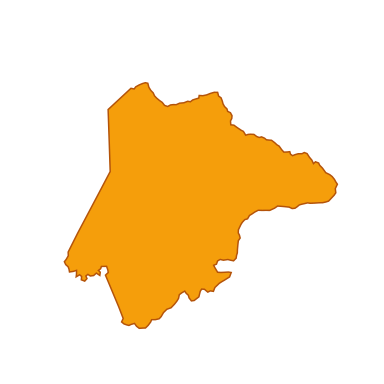 outline of Olho d'Água, Paraíba, Brazil, rotated 344°
{"feature_id": "56859067B14089338060229", "entity_name": "Olho d'Água", "entity_type": "district", "adm_level": 2, "iso_a3": "BRA", "parent_name": "Brazil", "parent_adm1": "Paraíba", "projection": "albers", "projection_center": [-37.728, -7.279], "detail": "fine", "context": "isolated", "style": "filled", "palette": "amber", "viewbox_px": 384, "rotation_deg": 344, "n_neighbors": 0, "source": "geoboundaries", "source_scale": "gbopen_adm2", "svg_char_len": 2804}
<svg xmlns="http://www.w3.org/2000/svg" viewBox="0 0 384 384"><g transform="rotate(344 192 192)"><path d="M207.5,280.2L205.0,279.0L201.4,278.2L197.6,277.3L194.5,276.2L193.1,270.9L192.6,268.4L195.6,268.1L197.6,265.3L200.5,264.6L203.4,266.2L207.9,266.8L210.1,268.1L213.0,269.6L216.2,267.8L217.3,265.3L218.8,263.0L219.8,259.9L221.6,255.2L223.1,251.6L225.6,249.5L225.7,246.6L225.2,244.1L226.2,241.1L230.0,236.8L232.0,235.0L235.1,233.1L238.0,233.1L240.8,230.4L244.1,229.5L246.7,228.6L250.6,227.8L254.6,229.1L257.7,229.9L261.7,231.1L266.9,230.3L270.4,229.1L273.4,230.2L276.8,231.5L281.2,233.3L283.7,235.5L286.5,236.0L288.9,235.2L291.6,234.0L294.3,234.0L297.4,234.2L300.1,234.3L302.5,235.4L306.6,236.4L311.2,237.4L314.7,238.3L317.9,238.5L320.8,238.4L323.0,237.1L327.7,234.3L330.0,232.4L330.7,228.2L333.9,224.6L333.0,221.9L332.4,219.1L331.0,215.8L329.2,213.3L325.9,210.3L324.0,205.0L322.1,201.5L321.7,199.0L319.0,197.0L316.6,198.2L316.0,194.4L314.4,190.8L313.2,186.8L310.8,185.0L308.4,185.5L304.5,184.5L301.4,184.5L298.7,184.8L297.1,182.8L297.1,180.2L294.6,179.8L291.3,179.0L289.8,175.9L288.4,171.9L286.7,170.1L285.1,167.4L282.7,164.2L280.3,163.3L277.9,162.3L276.6,160.3L274.1,158.2L271.6,158.1L269.5,156.5L267.4,153.7L264.2,152.6L261.8,152.1L259.3,152.2L258.1,147.9L256.1,146.0L253.0,142.3L250.7,139.3L247.8,138.1L248.6,134.3L250.5,132.3L251.5,129.7L250.8,126.4L248.5,124.3L248.5,121.7L246.8,118.8L246.1,115.6L246.2,113.1L245.9,109.5L244.0,107.1L244.1,103.3L240.9,102.3L236.9,102.3L232.8,102.7L228.9,102.4L225.5,101.2L224.4,103.6L221.8,103.6L218.1,103.7L215.3,104.8L212.9,103.6L208.7,104.0L204.6,103.2L200.9,103.7L197.9,102.8L195.3,102.4L192.2,103.1L189.5,101.2L188.1,97.7L186.0,95.1L183.9,92.0L182.5,89.3L182.0,86.0L180.4,83.0L179.4,79.4L179.5,75.3L177.3,74.1L174.4,74.1L170.8,74.5L166.9,75.4L164.8,77.0L161.9,75.5L134.1,89.6L126.4,120.4L119.0,149.8L98.8,170.9L70.7,200.1L56.4,215.6L55.5,219.2L52.4,222.2L50.1,223.8L50.6,227.0L52.3,229.7L52.5,232.2L52.2,235.1L55.9,235.6L59.4,235.5L58.3,239.2L57.3,241.6L61.2,240.6L62.6,242.8L61.4,245.9L64.3,248.1L67.2,246.3L66.8,243.5L69.2,242.5L71.1,244.7L74.4,245.2L77.7,243.6L80.4,246.8L81.7,243.8L80.4,241.6L83.0,240.6L84.4,238.6L89.4,239.9L89.6,243.7L89.3,246.3L85.9,248.1L89.9,282.1L91.0,294.6L88.5,297.5L90.2,300.0L92.4,301.6L94.6,302.9L97.0,302.5L100.5,302.5L101.7,305.8L103.7,308.5L107.0,309.2L109.8,309.9L113.1,308.1L116.4,305.6L118.0,303.6L121.6,304.6L125.5,304.8L128.0,303.3L131.3,300.1L135.5,297.8L140.0,297.5L144.4,294.9L147.3,292.8L149.7,290.6L151.5,287.2L154.4,286.1L157.7,285.3L158.5,287.8L160.0,290.2L160.0,293.0L161.4,296.5L164.2,296.9L169.7,294.7L172.5,289.8L174.5,288.0L177.1,288.9L179.6,292.6L182.3,292.1L185.2,293.4L187.7,290.1L193.0,287.3L196.0,286.4L198.8,285.7L204.7,284.0L207.5,280.2Z" fill="#f59e0b" stroke="#b45309" stroke-width="1.5"/></g></svg>